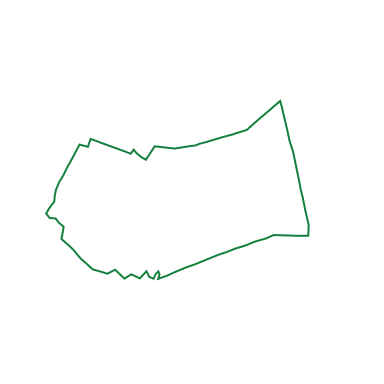 outline of Haditha, Al-Anbar, Iraq, rotated 46°
{"feature_id": "34846034B75041723835254", "entity_name": "Haditha", "entity_type": "district", "adm_level": 2, "iso_a3": "IRQ", "parent_name": "Iraq", "parent_adm1": "Al-Anbar", "projection": "robinson", "projection_center": [42.343, 34.245], "detail": "fine", "context": "isolated", "style": "outline", "palette": "green", "viewbox_px": 384, "rotation_deg": 46, "n_neighbors": 0, "source": "geoboundaries", "source_scale": "gbopen_adm2", "svg_char_len": 1307}
<svg xmlns="http://www.w3.org/2000/svg" viewBox="0 0 384 384"><g transform="rotate(46 192 192)"><path d="M106.2,311.9L111.9,312.4L116.3,308.5L121.2,309.1L127.8,308.5L131.0,312.7L135.2,318.6L144.8,317.7L152.3,317.5L157.2,318.0L163.3,318.3L170.0,317.7L178.7,317.2L186.4,312.7L192.0,309.6L194.5,301.3L207.4,300.7L209.0,292.9L217.9,289.5L217.4,279.8L223.5,281.7L227.7,279.8L225.8,275.3L225.8,271.4L228.6,272.5L231.0,276.7L232.6,273.1L234.5,268.9L238.7,257.4L242.1,248.8L246.1,240.1L251.0,227.8L255.4,216.9L259.4,208.5L262.9,199.9L267.1,191.8L271.7,180.6L276.8,171.1L279.6,163.3L283.8,159.1L287.8,155.3L291.0,152.1L297.1,146.3L304.2,138.7L303.0,137.5L296.7,130.9L284.3,123.5L272.6,116.0L265.6,112.0L260.9,108.8L249.2,101.4L233.4,91.4L222.8,86.2L213.7,80.5L205.6,75.7L199.5,72.1L193.8,68.6L187.8,65.4L187.1,76.5L186.6,85.5L185.9,96.6L185.4,109.6L181.5,117.2L178.6,123.2L172.8,133.7L169.5,140.2L165.6,147.7L162.5,153.2L160.9,157.2L157.0,162.4L148.7,174.3L143.3,178.8L133.2,187.1L135.5,197.1L136.7,202.8L131.1,204.3L125.0,204.9L121.0,204.5L121.9,209.5L115.2,212.6L108.7,215.8L100.9,219.6L94.6,222.7L88.3,225.6L83.4,228.1L87.2,235.5L79.8,239.9L82.1,247.2L85.2,256.6L87.7,265.0L90.8,273.6L92.7,280.9L95.9,288.3L99.0,292.9L103.2,297.7L104.5,305.9L106.2,311.9Z" fill="none" stroke="#15803d" stroke-width="2"/></g></svg>